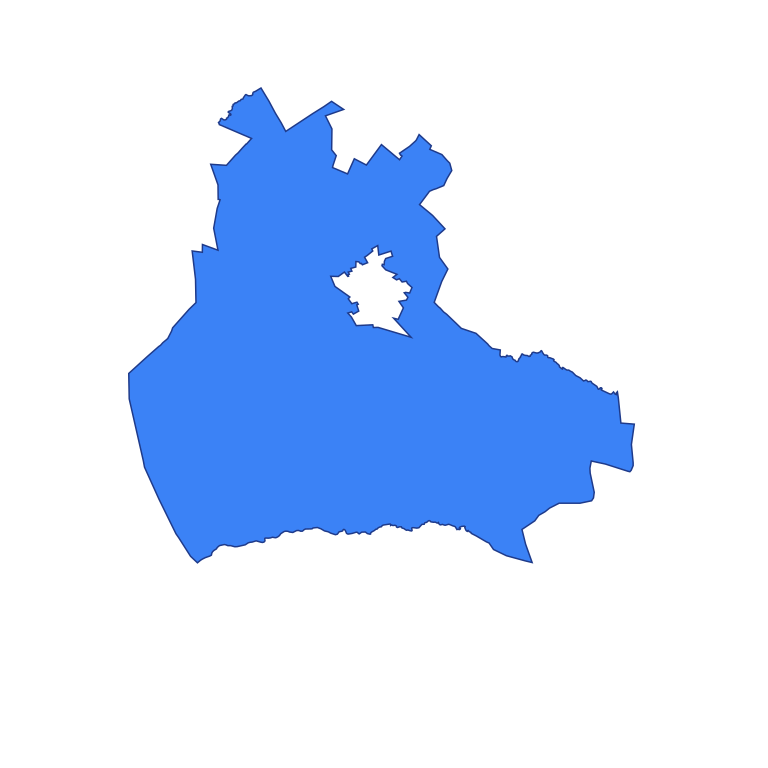 Gweru, Midlands, Zimbabwe, rotated 295°
{"feature_id": "62879985B38074336306054", "entity_name": "Gweru", "entity_type": "district", "adm_level": 2, "iso_a3": "ZWE", "parent_name": "Zimbabwe", "parent_adm1": "Midlands", "projection": "equal_earth", "projection_center": [29.6, -19.532], "detail": "fine", "context": "isolated", "style": "filled", "palette": "blue", "viewbox_px": 768, "rotation_deg": 295, "n_neighbors": 0, "source": "geoboundaries", "source_scale": "gbopen_adm2", "svg_char_len": 6136}
<svg xmlns="http://www.w3.org/2000/svg" viewBox="0 0 768 768"><g transform="rotate(295 384 384)"><path d="M204.7,353.7L208.2,355.9L209.2,357.3L209.9,359.3L209.9,360.8L210.9,364.1L214.3,366.8L215.2,368.6L215.4,370.8L216.2,372.3L217.9,373.0L219.3,374.0L222.0,379.4L222.6,380.2L223.6,380.6L225.8,384.3L226.1,388.1L225.7,392.1L226.5,396.1L226.3,398.7L226.9,403.7L228.2,405.2L231.1,405.8L232.9,408.2L233.5,408.6L234.8,408.6L235.3,409.1L235.3,409.8L235.0,410.7L232.8,413.2L232.7,414.5L233.1,415.4L235.2,418.4L238.0,421.5L238.3,422.6L237.7,424.1L237.7,424.9L240.3,426.4L242.0,429.7L241.4,432.1L241.9,434.5L242.3,435.2L243.4,434.9L244.4,435.2L247.3,437.3L248.8,437.9L249.7,439.1L250.7,439.3L252.3,440.3L253.6,442.0L254.9,442.2L255.9,443.0L259.7,448.7L259.5,449.3L258.6,449.8L259.5,450.5L259.5,451.9L260.6,453.6L260.6,455.2L259.7,455.8L259.6,456.7L260.0,457.3L261.0,458.2L261.9,460.1L261.1,461.1L261.4,463.4L261.0,465.0L261.0,466.3L261.8,467.4L262.0,469.4L262.4,471.0L262.8,471.3L263.3,471.3L264.6,470.2L265.6,470.2L266.2,471.3L267.3,474.7L268.5,476.4L272.8,477.7L273.9,479.7L275.2,479.6L275.8,479.9L276.6,481.1L278.8,482.1L279.3,482.7L279.3,483.9L278.9,484.3L279.0,485.2L279.6,487.2L280.5,488.9L280.4,491.0L281.5,491.8L280.7,492.5L280.3,493.4L280.1,494.0L280.2,494.7L281.5,496.4L281.6,498.3L282.0,499.4L284.1,501.7L284.4,503.0L284.5,506.1L284.8,508.2L284.7,509.0L282.9,511.6L283.4,512.1L284.0,514.0L284.8,514.4L285.3,514.3L285.4,513.1L286.1,513.1L287.7,514.5L289.1,516.8L289.0,517.8L288.0,517.9L286.2,519.9L285.7,520.9L285.7,521.8L286.4,521.8L286.8,522.2L286.2,523.4L286.2,525.5L285.5,526.2L285.3,531.8L284.2,543.5L284.3,546.4L280.3,553.2L280.1,567.5L283.4,586.8L284.8,593.7L298.7,580.0L310.5,570.5L323.7,578.5L330.4,579.8L336.4,584.0L341.5,586.5L350.0,593.1L358.8,612.0L365.9,621.5L369.3,622.0L374.7,620.3L390.4,608.5L394.7,606.2L401.8,604.4L405.0,618.4L408.0,641.9L408.4,643.9L410.3,644.5L415.3,644.3L417.9,643.1L433.7,633.8L453.4,627.8L448.7,615.2L470.5,602.2L475.6,598.8L474.1,598.3L472.6,599.0L472.5,597.7L473.8,595.4L471.3,594.5L470.7,593.9L470.4,592.5L470.4,583.5L470.6,583.2L470.9,583.2L471.8,583.6L472.2,583.2L472.4,582.5L472.2,582.0L471.6,581.5L470.6,581.3L469.9,580.6L469.9,580.3L471.8,577.9L472.6,573.0L473.0,571.6L473.8,570.7L473.8,570.1L472.3,567.8L473.0,566.1L472.9,565.2L472.3,564.9L471.1,563.5L472.5,559.1L472.7,554.2L474.4,549.7L474.4,547.6L474.7,545.6L474.2,544.6L473.9,543.4L474.6,539.4L474.4,538.9L473.0,539.4L473.0,538.4L473.7,535.8L474.7,535.1L475.3,534.1L475.8,531.9L476.3,531.0L476.5,528.4L477.0,527.8L477.8,527.9L478.2,527.1L477.9,523.2L477.3,521.6L477.5,521.1L478.8,520.3L478.9,519.2L478.1,517.3L478.3,516.4L479.5,514.4L480.5,513.2L480.7,512.5L480.5,512.3L478.9,511.9L477.2,510.4L476.5,509.0L476.0,506.1L475.2,505.2L474.3,505.0L473.3,505.3L471.7,504.4L470.9,504.7L470.2,503.7L470.4,501.9L469.7,500.1L469.4,498.5L469.7,496.7L469.1,496.1L468.0,496.5L466.7,496.0L465.9,496.4L464.0,495.6L462.9,495.9L462.6,495.7L461.3,495.9L460.5,495.3L460.2,494.3L460.6,493.1L460.9,492.9L460.8,491.7L461.2,490.0L462.7,488.6L462.9,486.5L462.2,485.7L461.6,484.0L462.0,483.3L461.5,483.0L460.0,483.1L459.3,480.6L458.7,479.4L458.1,478.8L458.2,478.0L459.3,476.8L464.0,475.0L461.9,467.0L463.1,463.0L464.1,461.0L468.8,446.0L467.1,430.6L473.7,411.3L474.5,407.5L476.5,402.9L477.0,400.7L479.2,395.0L501.3,393.0L515.2,393.3L522.2,380.8L540.0,369.2L550.4,373.7L557.3,356.8L561.6,340.4L577.9,343.8L581.0,346.5L582.9,348.6L589.1,354.3L596.9,354.3L606.1,355.2L611.9,350.3L613.2,346.8L616.4,339.5L616.0,326.3L619.9,326.2L624.9,310.4L618.8,310.2L617.4,309.8L610.1,306.7L599.7,300.5L598.4,302.3L598.6,303.0L598.2,304.0L593.8,303.3L599.9,280.5L575.0,275.5L575.6,261.9L559.0,262.2L558.4,245.9L560.6,245.4L570.8,244.2L574.1,237.6L593.2,229.0L602.3,217.6L615.8,231.4L618.0,217.0L610.0,212.3L598.9,205.1L571.4,188.2L577.3,180.4L583.6,171.0L591.7,160.2L600.3,147.4L594.9,143.8L593.3,142.3L592.2,142.2L590.7,142.7L589.4,142.1L588.1,139.8L587.9,138.7L588.0,136.6L587.5,136.2L584.1,135.6L582.7,135.7L581.6,134.3L579.9,133.9L579.1,132.8L576.6,131.5L575.8,130.2L575.0,130.1L573.6,129.1L572.3,129.7L571.5,129.1L569.7,130.1L568.0,130.3L566.9,129.6L565.4,128.0L564.7,127.8L564.3,128.2L564.1,130.4L563.8,131.2L563.2,131.5L562.7,131.3L562.6,130.1L562.0,129.6L561.3,130.0L559.4,129.8L558.4,129.0L557.4,129.4L556.4,128.6L555.8,127.6L555.7,126.9L556.1,124.5L555.2,123.9L553.1,124.3L551.0,123.5L550.0,124.9L549.5,125.1L550.6,160.2L543.3,158.0L543.2,157.6L538.3,156.0L531.6,154.0L528.7,152.7L515.6,148.8L509.9,134.1L494.3,149.4L481.2,155.7L481.7,156.9L481.7,157.6L472.7,158.6L453.2,163.8L435.1,177.0L433.7,160.5L426.6,163.7L423.5,153.9L399.3,168.9L378.3,179.2L369.4,175.8L345.6,168.7L342.1,169.1L333.8,168.8L328.0,166.1L324.6,165.1L322.8,164.0L308.9,157.9L285.7,148.2L262.8,159.4L212.6,198.4L207.4,202.1L184.3,229.0L160.3,258.8L158.0,262.8L146.1,281.5L143.1,290.5L146.7,292.2L148.7,293.5L151.1,295.4L154.4,298.8L155.9,299.9L158.1,299.4L159.4,299.5L161.3,300.2L163.7,301.8L165.5,302.0L168.0,303.2L171.0,307.1L171.4,308.6L171.5,310.8L172.7,313.3L173.4,317.4L174.5,319.6L179.6,326.2L182.7,328.1L183.9,329.5L185.0,331.3L187.8,334.4L188.6,339.3L189.0,340.8L190.0,342.0L191.0,342.4L191.8,342.3L193.3,341.3L193.9,341.3L194.5,342.1L195.4,344.3L196.5,346.1L198.0,347.7L198.7,350.4L199.1,351.1L200.5,352.3L202.4,353.3L204.7,353.7ZM459.1,290.2L462.1,297.1L468.7,300.8L466.2,305.7L466.7,306.3L467.8,305.3L468.8,306.2L470.3,304.3L472.7,307.2L474.7,305.0L478.1,309.0L483.1,306.8L484.1,309.5L483.1,311.6L483.7,312.6L482.9,314.0L487.0,317.9L490.7,312.8L493.3,314.4L499.8,317.6L501.3,315.8L506.8,319.8L498.7,324.8L507.4,334.2L503.4,337.8L498.4,332.5L495.4,332.5L492.2,333.7L491.8,331.9L490.3,332.2L488.2,337.3L488.9,349.4L484.3,347.0L483.7,351.4L485.9,353.4L484.1,357.3L486.6,360.9L485.0,362.9L483.3,368.6L477.3,368.8L476.2,364.9L475.2,363.8L472.7,369.0L469.5,368.9L465.2,362.6L461.2,369.4L448.6,369.5L447.7,364.9L437.8,388.8L432.8,354.7L430.7,350.5L432.9,348.8L425.2,334.2L430.9,326.2L433.0,321.2L435.7,324.2L434.4,326.7L439.4,330.3L444.2,325.9L445.4,326.9L446.7,324.9L443.2,320.9L446.1,315.6L448.4,316.3L451.7,298.3L459.1,290.2Z" fill="#3b82f6" stroke="#1e3a8a" stroke-width="1.5"/></g></svg>